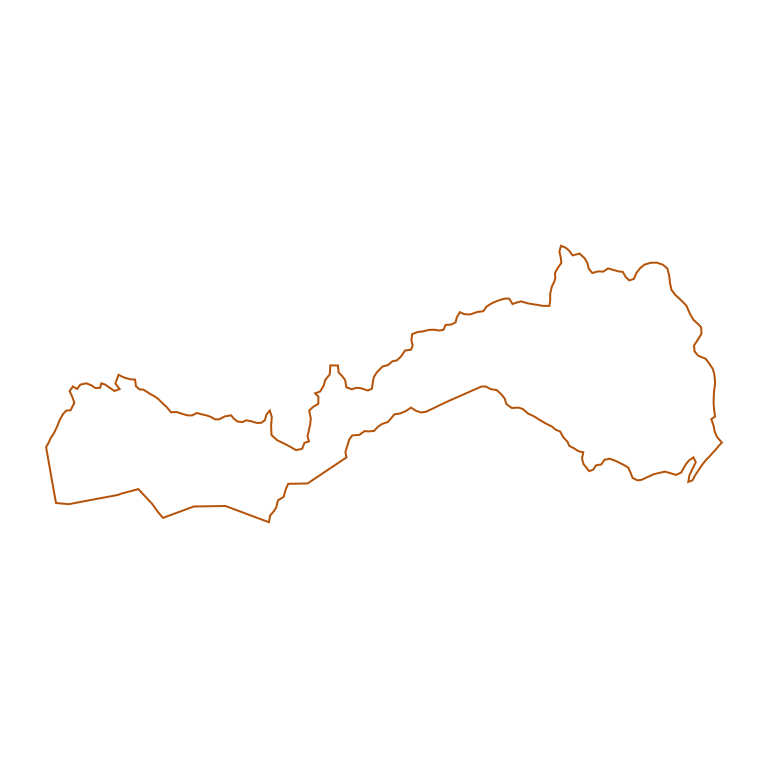 the district of Nilo Peçanha, Bahia, Brazil
{"feature_id": "56859067B55520695908200", "entity_name": "Nilo Peçanha", "entity_type": "district", "adm_level": 2, "iso_a3": "BRA", "parent_name": "Brazil", "parent_adm1": "Bahia", "projection": "robinson", "projection_center": [-39.172, -13.65], "detail": "fine", "context": "isolated", "style": "outline", "palette": "amber", "viewbox_px": 768, "rotation_deg": 0, "n_neighbors": 0, "source": "geoboundaries", "source_scale": "gbopen_adm2", "svg_char_len": 3825}
<svg xmlns="http://www.w3.org/2000/svg" viewBox="0 0 768 768"><path d="M561.0,245.8L559.4,251.6L560.6,256.8L561.4,262.8L557.5,268.4L555.0,273.0L555.3,278.3L553.9,282.6L551.8,286.6L550.2,293.8L550.2,300.4L549.4,305.9L542.8,305.9L538.6,305.1L532.7,304.2L527.2,303.2L521.1,301.4L516.5,302.6L512.5,304.0L509.2,298.6L504.8,298.6L500.7,299.7L496.3,301.3L491.6,303.4L486.4,306.7L483.3,311.2L477.2,312.0L470.2,314.4L464.3,314.2L459.9,312.2L456.7,317.6L455.6,322.4L451.1,324.6L445.6,324.9L443.4,329.9L438.8,330.5L434.4,329.7L428.7,329.9L423.1,331.4L417.8,332.0L412.1,334.2L411.4,340.2L412.7,345.5L411.0,349.7L405.1,350.5L401.1,356.4L396.9,360.4L392.6,361.2L388.1,365.0L382.5,366.5L376.8,372.4L373.9,377.0L372.8,382.3L371.9,388.8L367.7,390.5L361.0,388.2L356.2,387.8L352.0,389.3L346.3,387.3L345.2,380.2L342.1,376.0L338.6,372.4L338.0,365.5L330.3,365.4L329.8,374.3L325.2,380.0L323.7,385.7L320.1,391.5L315.1,393.3L318.4,396.7L318.3,403.8L313.2,406.8L309.2,410.6L310.8,418.6L310.1,424.8L308.6,431.6L307.5,436.1L309.0,441.3L304.4,442.9L302.2,448.8L296.0,450.1L290.8,447.1L284.3,443.6L277.3,440.3L271.5,435.1L271.1,425.6L271.8,417.0L269.8,410.5L266.5,414.5L264.9,420.2L261.0,422.9L256.7,422.9L251.4,421.3L246.3,420.3L242.4,422.1L237.5,421.5L234.0,418.9L231.1,415.3L224.5,416.5L219.2,419.3L215.0,419.3L211.0,417.0L206.6,415.4L202.5,414.5L196.8,413.0L192.2,415.4L187.8,415.4L182.9,414.1L176.5,412.0L171.1,412.3L166.7,407.1L162.6,403.3L158.0,398.8L154.4,396.2L150.7,394.3L147.2,392.0L143.5,389.7L139.4,389.3L135.9,386.2L135.1,379.6L130.3,379.3L124.0,377.5L118.5,374.8L115.4,383.6L119.6,389.0L114.6,391.0L108.9,387.3L105.4,384.7L101.4,383.3L100.1,387.8L95.2,388.0L91.8,385.5L86.3,383.3L80.2,384.7L77.1,389.0L72.9,386.5L69.6,391.0L72.2,396.7L74.4,402.8L70.5,410.3L66.5,410.5L63.2,413.8L59.7,420.0L57.5,425.6L54.3,432.6L50.7,438.1L48.4,443.1L46.1,447.1L54.3,493.7L56.0,503.0L68.7,504.2L87.5,500.6L117.6,495.0L121.4,493.6L138.3,489.1L151.9,503.6L157.7,511.7L163.0,517.9L193.7,506.5L225.5,506.0L229.7,507.6L268.9,522.2L270.2,515.4L274.1,511.0L276.4,506.9L277.9,500.4L283.6,496.9L285.8,489.2L288.2,483.8L307.5,483.5L346.5,457.4L345.4,452.1L347.2,446.1L349.2,439.6L352.3,435.4L359.3,434.9L364.6,431.1L368.7,431.4L374.1,430.9L377.8,426.9L382.0,424.0L387.9,422.0L394.5,414.3L400.0,413.5L405.7,411.1L411.0,407.6L416.0,410.8L421.3,412.5L426.5,411.6L446.1,402.1L481.5,386.5L485.8,386.5L490.8,389.2L496.7,390.0L501.5,394.5L504.8,398.8L506.3,404.0L511.8,408.0L518.6,407.6L522.8,409.0L528.1,413.6L533.8,416.2L540.1,420.2L546.0,423.6L551.7,426.4L555.8,429.8L560.0,431.4L563.4,437.3L567.5,441.8L569.3,445.9L574.3,448.5L578.5,451.2L583.3,452.3L582.0,458.6L583.5,464.1L586.4,467.6L589.2,471.2L593.3,469.6L596.0,465.4L601.3,464.4L604.5,459.8L609.7,458.7L615.6,460.9L623.2,464.6L628.3,467.6L630.6,472.8L632.6,477.9L637.3,480.3L641.4,479.9L646.1,477.7L653.7,474.2L659.8,472.8L665.0,471.6L670.1,473.1L676.0,474.9L681.3,472.4L683.5,468.3L685.9,464.3L688.8,460.6L693.4,457.4L695.8,462.2L692.4,469.1L689.4,475.5L688.3,481.9L692.5,480.3L694.8,475.8L697.9,471.1L701.5,465.6L706.1,459.8L709.4,456.6L712.6,452.9L715.5,449.9L718.3,446.4L721.9,442.6L716.9,436.8L714.6,431.3L713.7,426.1L711.3,419.1L715.1,416.5L714.0,408.7L713.6,402.5L713.7,396.8L714.2,389.8L715.1,384.0L714.8,378.3L714.2,373.7L712.7,368.7L708.8,363.0L705.7,358.7L701.7,357.2L697.9,355.5L694.5,351.2L694.0,345.5L698.2,339.2L701.5,333.7L701.1,327.2L697.5,323.5L693.3,319.7L689.5,312.9L686.4,305.6L680.4,299.6L675.1,294.7L671.5,289.9L670.1,283.6L669.1,275.1L667.3,268.4L662.7,264.6L656.5,262.6L650.6,262.8L644.5,264.6L640.1,268.2L636.4,273.0L633.9,278.9L629.2,280.4L625.4,276.6L622.8,271.9L618.6,271.4L614.0,270.1L608.1,268.4L603.4,271.6L598.0,271.4L592.3,273.0L588.8,268.8L587.3,262.9L584.7,258.3L579.6,253.6L572.6,255.4L569.0,250.5L565.8,247.8L561.0,245.8Z" fill="none" stroke="#b45309" stroke-width="2"/></svg>